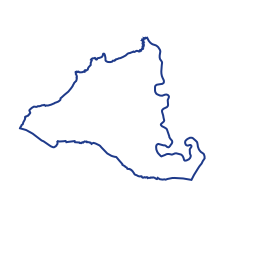 Chiang Khwan, Roi Et, Thailand, rotated 46°
{"feature_id": "78962969B97176317903626", "entity_name": "Chiang Khwan", "entity_type": "district", "adm_level": 2, "iso_a3": "THA", "parent_name": "Thailand", "parent_adm1": "Roi Et", "projection": "albers", "projection_center": [103.728, 16.148], "detail": "fine", "context": "isolated", "style": "outline", "palette": "blue", "viewbox_px": 256, "rotation_deg": 46, "n_neighbors": 0, "source": "geoboundaries", "source_scale": "gbopen_adm2", "svg_char_len": 5686}
<svg xmlns="http://www.w3.org/2000/svg" viewBox="0 0 256 256"><g transform="rotate(46 128 128)"><path d="M59.9,161.5L59.1,163.2L59.1,163.7L57.8,167.1L56.4,169.7L55.5,170.8L54.9,171.2L54.7,172.0L53.4,172.1L53.1,172.3L52.9,172.9L51.9,174.1L51.5,175.3L50.6,176.9L49.8,177.5L49.7,178.0L49.3,179.1L48.3,180.0L47.8,180.3L47.2,181.0L46.7,183.2L46.6,185.6L46.7,186.5L46.9,186.8L49.2,187.8L49.5,188.7L49.4,189.6L49.7,190.2L49.6,190.8L49.7,191.4L49.4,191.6L49.2,192.7L48.6,193.8L48.6,194.4L49.0,194.8L49.3,194.8L49.9,195.9L50.2,196.2L51.2,199.4L52.2,201.1L52.2,201.4L52.0,202.0L52.0,202.7L52.4,203.3L52.8,205.2L53.2,205.9L56.9,203.7L58.7,202.7L65.8,200.5L77.0,198.8L78.9,198.0L86.3,196.5L87.9,196.1L89.5,195.4L90.3,194.8L90.6,194.3L90.7,193.5L90.9,193.1L90.8,192.8L91.0,191.9L90.6,190.9L90.4,189.7L89.7,189.1L89.2,188.3L88.8,188.3L88.7,187.6L90.1,186.7L92.9,183.4L93.9,182.0L94.2,181.9L95.4,182.2L96.2,181.0L100.3,175.5L101.2,176.0L101.4,176.0L104.7,173.0L105.1,173.2L105.4,173.1L105.8,172.6L106.4,172.2L106.5,171.9L106.4,171.3L106.6,170.7L107.3,170.5L107.3,169.6L107.6,168.5L108.0,168.4L108.9,167.2L109.2,167.1L109.7,167.4L111.0,166.0L112.1,165.6L112.2,165.3L112.6,165.1L114.1,165.3L114.3,164.2L114.8,163.1L116.6,162.1L120.4,160.7L121.5,160.5L123.5,160.6L131.9,160.6L136.4,159.3L137.6,158.7L139.6,157.5L140.4,156.8L140.9,156.6L145.4,156.9L149.9,157.1L150.3,157.5L150.6,157.6L153.4,156.8L154.3,156.9L155.5,156.4L156.0,156.5L156.9,156.8L157.7,156.3L158.0,155.8L158.3,155.5L159.2,155.1L159.6,155.2L159.9,154.9L160.6,154.7L161.0,154.9L162.0,154.7L165.0,155.2L165.5,155.4L166.6,155.3L167.9,154.6L169.3,154.2L170.7,153.5L172.0,151.9L172.3,151.8L172.7,152.1L173.1,152.0L173.7,152.0L174.1,151.8L174.3,151.6L174.7,150.5L174.9,150.3L175.6,150.1L175.8,149.5L176.3,149.1L176.5,148.5L176.9,148.4L177.4,148.6L177.8,148.6L178.0,147.9L179.3,146.7L179.5,145.8L180.4,145.3L180.9,144.3L182.4,143.4L183.3,143.3L184.7,142.8L184.9,142.6L184.9,141.9L184.5,141.5L184.5,141.3L185.1,141.4L185.5,141.0L186.9,140.7L189.1,139.0L190.3,137.4L191.3,136.8L192.1,135.0L194.8,130.8L196.2,129.3L202.6,123.4L209.4,118.4L207.6,113.1L205.5,104.8L205.1,102.9L204.7,99.7L203.8,97.3L203.1,94.0L201.5,92.6L199.5,91.6L198.1,91.7L195.9,92.2L194.1,92.1L192.5,91.8L190.0,90.7L188.1,89.3L186.3,88.2L185.7,88.1L184.1,88.1L180.5,88.4L179.8,88.6L179.1,89.1L178.0,90.3L177.2,92.9L177.1,94.5L177.2,95.7L177.6,96.4L178.2,97.1L179.0,97.6L180.1,98.0L180.7,98.0L181.6,97.7L182.3,97.1L183.2,95.3L183.6,94.9L184.3,94.7L185.1,94.9L185.6,95.6L186.0,97.6L186.4,98.6L189.5,101.3L191.4,102.0L191.9,102.5L192.3,103.2L192.7,104.2L192.8,105.9L192.1,108.1L191.7,108.9L191.3,109.4L190.9,109.8L190.3,109.9L189.7,109.7L187.8,108.7L186.2,108.2L185.2,108.1L183.9,108.3L179.7,110.9L178.9,111.9L177.9,114.4L177.5,115.0L175.4,116.4L174.2,117.6L173.6,118.5L173.1,120.1L171.6,123.7L170.9,123.9L168.0,123.9L166.5,123.8L164.9,123.3L163.1,122.5L161.1,120.9L160.2,119.6L160.1,118.5L160.3,117.7L160.6,117.2L165.0,114.6L165.7,113.9L166.4,113.4L166.9,113.2L168.9,113.0L169.9,112.4L170.2,111.7L170.1,110.1L169.8,108.8L169.6,107.3L169.0,106.1L168.3,105.5L167.7,105.2L164.9,105.0L163.3,104.6L162.5,104.0L156.5,101.2L155.7,100.9L155.0,100.9L152.9,101.4L150.4,102.3L149.1,102.3L148.5,102.1L148.1,101.4L148.2,97.7L147.7,96.7L145.3,95.3L143.4,94.0L140.3,92.4L139.3,91.7L138.9,91.0L138.8,90.4L138.8,89.1L140.0,85.5L139.9,84.3L139.3,83.2L135.7,80.2L135.4,79.8L134.5,77.6L133.8,76.7L132.9,76.4L132.1,76.4L131.5,76.6L130.5,77.2L129.7,78.3L128.5,81.0L126.9,82.4L125.1,83.2L123.7,83.7L122.9,83.8L121.2,83.4L120.0,82.7L117.5,80.3L117.0,79.7L116.7,78.9L116.7,78.2L116.9,77.2L117.7,76.0L120.1,72.6L120.3,71.2L120.0,70.4L119.1,69.5L118.2,69.0L116.0,68.3L114.1,67.5L112.1,66.2L110.4,64.7L106.3,60.1L105.1,58.6L104.3,57.8L102.8,57.4L101.2,57.2L100.5,57.0L99.1,56.1L97.8,54.8L95.5,51.7L94.7,51.1L93.8,50.7L90.8,50.1L88.9,50.3L87.8,50.6L84.8,52.2L83.7,52.5L82.0,52.7L79.6,52.5L76.4,51.5L76.1,52.3L75.4,52.5L75.1,52.8L75.0,53.2L75.3,53.5L75.0,53.7L75.1,54.0L74.6,54.2L75.0,54.4L75.0,54.7L74.7,54.8L74.6,55.2L74.9,55.7L74.5,55.7L74.2,56.2L74.7,56.4L74.7,56.8L75.1,56.5L75.5,56.8L75.6,57.1L76.1,57.1L76.3,56.7L76.6,57.0L77.3,57.0L77.3,57.5L77.2,57.6L76.9,57.4L76.8,57.9L77.5,58.1L78.1,58.7L78.4,58.3L78.9,58.6L78.9,58.8L78.4,59.2L79.4,59.4L79.2,59.9L79.3,60.7L79.5,60.8L79.8,60.5L80.0,60.5L79.8,60.9L80.2,61.0L80.2,61.4L80.5,61.6L80.4,62.0L80.5,62.2L81.4,62.1L81.5,62.4L81.4,62.6L80.8,62.6L80.7,62.7L81.0,63.7L80.8,64.2L81.5,64.9L81.4,65.1L81.0,65.1L80.8,65.5L80.4,65.5L80.5,66.1L80.9,66.3L81.0,66.5L80.3,67.2L79.4,67.4L78.9,67.9L78.4,68.3L77.8,70.5L77.4,70.9L76.8,71.0L76.4,72.2L75.8,73.4L75.7,74.0L74.5,75.9L74.3,77.0L74.2,79.4L73.3,82.6L72.8,83.8L72.6,84.6L72.0,85.6L71.6,86.0L71.1,87.5L70.2,89.1L70.4,89.8L70.1,90.2L70.3,90.5L70.2,91.0L69.1,92.1L69.2,93.4L68.4,94.8L66.7,96.5L65.7,97.0L64.6,97.3L64.1,97.3L63.6,97.1L61.9,95.5L59.5,94.0L58.4,93.6L58.0,93.6L57.6,93.9L57.4,94.2L57.4,94.4L58.4,95.9L58.7,97.4L58.5,98.1L57.7,99.9L56.8,101.2L56.7,101.7L57.0,102.5L57.0,102.9L56.7,103.3L56.2,103.4L55.8,103.4L55.1,103.0L54.6,103.1L54.3,103.9L53.3,105.1L53.0,106.2L53.2,107.2L53.9,107.0L54.1,107.0L55.2,109.5L56.8,111.1L56.9,113.9L57.3,115.3L57.8,116.0L58.0,116.4L57.8,117.2L57.7,118.2L57.3,118.6L56.7,118.6L56.5,119.1L56.7,119.7L56.9,119.9L57.4,120.0L57.5,120.2L56.5,121.1L56.0,122.3L54.5,124.0L54.2,124.2L53.1,124.4L52.9,125.3L51.9,125.5L51.3,126.7L51.5,127.0L52.3,127.2L52.8,128.0L54.6,128.5L55.0,128.9L55.4,129.0L56.0,129.6L56.0,130.0L56.5,130.4L56.9,130.5L57.8,131.9L58.2,132.8L58.1,133.2L58.2,135.4L58.5,136.1L59.1,138.2L59.4,138.7L59.9,141.5L60.4,145.7L60.0,150.6L59.9,154.3L59.8,155.7L59.8,155.9L60.7,157.0L60.8,157.6L60.6,159.7L59.9,161.5Z" fill="none" stroke="#1e3a8a" stroke-width="2"/></g></svg>